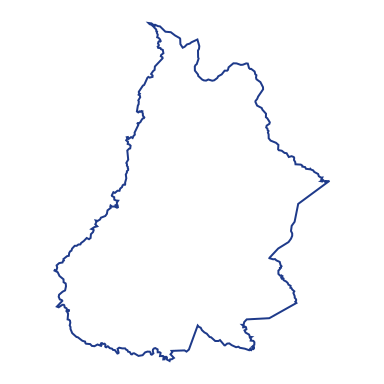 the district of San José Del Fragua, Caquetá, Colombia
{"feature_id": "7082276B10460666438069", "entity_name": "San José Del Fragua", "entity_type": "district", "adm_level": 2, "iso_a3": "COL", "parent_name": "Colombia", "parent_adm1": "Caquetá", "projection": "albers", "projection_center": [-76.127, 1.343], "detail": "fine", "context": "isolated", "style": "outline", "palette": "blue", "viewbox_px": 384, "rotation_deg": 0, "n_neighbors": 0, "source": "geoboundaries", "source_scale": "gbopen_adm2", "svg_char_len": 5937}
<svg xmlns="http://www.w3.org/2000/svg" viewBox="0 0 384 384"><path d="M329.5,180.8L328.5,181.2L325.6,181.0L325.0,181.8L323.2,180.2L322.2,181.5L320.9,181.2L321.7,180.8L321.2,180.0L322.3,177.5L321.0,177.6L318.8,176.2L318.1,174.0L314.2,171.9L313.2,170.4L311.1,169.6L310.3,168.8L310.0,169.3L306.0,168.8L305.1,167.1L302.3,166.6L302.3,165.6L300.8,164.6L295.5,164.3L295.2,162.0L294.0,160.0L294.2,157.9L293.7,157.0L291.6,156.2L288.8,157.0L286.6,153.2L284.5,152.9L281.7,150.7L278.8,150.2L278.1,149.3L278.4,144.9L276.0,142.8L270.6,140.6L268.7,138.3L268.6,134.3L267.9,132.6L268.5,131.0L267.7,130.3L267.4,128.6L266.2,127.5L266.7,125.6L269.4,123.8L269.8,122.3L267.3,118.3L265.9,117.2L266.0,113.7L262.4,109.7L261.7,108.0L257.1,105.6L255.4,101.9L255.5,101.0L257.2,98.9L258.1,96.6L263.1,89.3L263.0,87.2L260.4,82.1L256.5,79.3L256.0,77.6L256.4,75.2L255.3,74.3L254.6,71.5L251.2,68.9L250.1,69.0L249.0,68.0L247.8,63.6L246.2,63.4L242.9,64.7L240.8,64.9L236.6,63.4L233.4,63.3L228.6,67.3L228.0,69.8L227.1,70.7L224.6,70.7L221.7,74.4L218.2,76.3L217.3,78.0L214.2,80.3L212.2,80.7L208.3,79.5L206.1,80.6L203.9,80.4L202.2,79.6L198.2,75.9L198.0,74.5L194.9,70.6L194.8,66.5L195.6,65.0L196.7,64.2L198.6,58.6L198.1,57.3L198.0,50.5L199.0,48.9L199.3,46.1L197.4,39.5L191.4,42.3L189.8,43.6L187.0,44.4L184.6,46.8L182.7,47.7L180.4,44.1L180.2,38.9L179.7,38.1L175.1,35.5L170.8,32.2L165.4,31.7L160.0,26.4L157.9,26.1L155.2,24.8L153.4,24.9L151.5,23.4L148.5,23.0L149.7,24.2L151.5,24.8L153.2,26.4L154.5,26.5L154.2,27.5L156.2,29.5L156.3,31.2L157.1,31.6L156.8,32.8L157.8,34.8L157.2,37.3L158.5,37.8L160.0,39.4L160.7,41.1L160.2,41.6L159.0,41.3L158.4,41.9L158.0,43.6L158.7,44.5L158.8,45.7L157.7,46.6L158.2,47.9L160.5,48.1L161.0,49.2L162.8,49.9L163.4,53.2L161.2,54.9L160.8,56.2L162.5,57.4L162.6,58.3L154.9,66.5L154.6,69.9L153.1,71.1L151.1,74.0L152.6,75.5L152.5,76.9L149.7,77.6L148.4,76.9L147.4,77.8L144.2,84.9L142.9,85.6L138.8,91.8L138.9,93.0L139.8,93.7L138.7,94.8L139.8,95.5L140.2,97.2L138.3,100.4L138.8,101.4L138.6,104.4L137.9,105.4L136.9,111.5L138.2,112.4L139.3,111.4L140.0,111.9L141.3,111.0L142.4,111.3L142.1,112.2L142.8,113.3L142.9,115.7L144.3,117.4L143.9,118.2L142.7,118.5L141.7,119.8L140.4,122.1L139.1,123.1L137.9,123.0L137.5,123.4L138.4,124.8L134.6,132.6L134.8,134.7L133.6,135.8L132.6,138.0L131.1,137.1L128.6,138.9L127.9,137.0L126.8,137.2L127.3,138.6L126.2,140.3L128.0,141.9L127.7,144.0L129.4,144.5L130.6,145.7L130.2,148.4L129.1,148.7L127.3,150.5L128.2,159.6L126.3,163.0L127.0,164.2L126.9,165.7L127.9,167.0L127.7,167.9L128.2,168.9L128.1,170.1L126.9,171.2L126.9,172.5L125.8,174.5L126.3,178.3L125.1,182.7L125.2,184.2L124.9,184.8L123.5,184.6L122.6,185.4L122.0,187.1L120.2,188.6L119.5,190.8L117.5,190.7L114.9,192.9L113.4,192.2L111.8,195.4L112.0,196.0L114.2,197.2L114.3,199.6L116.1,200.5L118.1,200.7L116.9,202.5L116.9,204.4L115.7,205.1L116.2,205.6L117.6,205.5L117.9,207.3L117.0,207.7L114.5,206.5L112.2,206.6L110.6,205.5L110.3,206.6L110.7,207.9L107.5,210.4L106.9,213.8L105.3,216.0L100.9,217.7L100.0,219.5L97.7,220.9L95.7,220.5L96.4,222.0L95.3,224.3L97.2,226.3L94.4,227.1L91.5,229.0L93.5,229.6L93.7,230.2L93.0,232.1L90.9,234.2L90.6,238.0L89.0,239.2L86.7,238.0L83.8,241.0L81.1,243.0L80.4,244.4L78.4,244.5L76.7,245.8L74.7,245.8L72.1,248.6L71.4,250.7L70.1,251.4L69.2,253.0L68.8,255.8L67.0,256.2L63.4,259.1L63.9,260.5L63.1,260.9L62.5,262.5L59.2,263.1L56.6,265.4L57.2,267.6L56.5,270.1L55.9,270.4L54.8,270.0L54.5,270.6L57.7,272.2L59.5,276.0L63.5,279.3L63.6,282.2L65.7,283.5L66.0,286.2L65.1,290.4L62.6,291.7L59.1,294.7L58.7,296.8L59.8,299.4L61.7,300.0L62.3,300.9L56.9,306.6L58.7,307.3L62.4,304.8L63.8,304.8L64.3,305.3L64.7,307.4L66.4,308.2L66.9,309.1L66.6,310.4L68.2,309.9L69.0,310.2L68.9,311.0L67.2,312.0L68.1,313.8L67.6,319.4L69.1,319.8L70.0,320.7L70.3,322.8L69.7,325.4L70.5,327.0L70.5,329.0L72.2,333.1L76.5,337.0L77.7,337.2L82.4,340.8L85.1,341.6L85.4,343.1L86.0,343.7L90.2,344.1L91.9,345.9L94.5,346.2L97.5,344.5L101.1,345.9L101.4,345.4L100.7,344.1L101.2,343.2L102.0,343.1L103.1,344.0L104.6,343.7L105.4,344.6L105.2,346.4L105.6,347.1L106.3,347.3L107.5,346.3L108.1,346.4L109.7,348.1L112.1,348.7L113.0,349.9L114.9,350.1L117.4,353.5L118.4,353.2L118.6,352.5L117.6,348.8L119.2,347.7L122.3,348.4L125.1,348.4L126.3,349.8L127.4,350.2L128.1,351.7L129.7,352.0L131.1,354.2L131.9,354.4L133.2,353.3L134.2,353.3L138.5,355.9L142.6,355.2L145.1,352.4L147.4,351.6L149.8,351.7L150.5,352.6L150.9,354.3L151.8,354.7L153.4,353.4L152.8,350.9L153.0,349.5L154.1,348.4L155.3,348.1L157.6,349.4L157.7,352.3L159.7,352.2L160.6,352.9L160.0,356.1L163.0,356.0L163.6,356.5L163.3,359.4L164.6,359.3L165.4,356.9L166.2,356.8L166.9,357.4L166.9,359.5L169.6,361.0L170.1,359.4L171.9,359.2L173.9,357.9L170.5,354.3L172.3,352.1L171.6,350.9L184.5,350.4L186.5,351.6L188.9,349.6L197.7,325.5L198.9,326.9L200.7,327.7L201.9,330.1L204.4,332.4L206.8,333.7L209.6,337.0L211.1,337.3L215.2,341.0L218.5,341.0L220.0,340.1L224.4,345.3L225.0,345.4L227.2,343.6L229.3,343.4L231.6,345.1L236.1,347.2L238.4,346.7L239.9,347.8L244.9,348.7L249.1,350.2L250.1,348.9L250.4,350.0L251.2,350.2L252.1,348.8L253.4,349.1L254.0,348.3L254.0,347.4L252.6,347.7L252.0,346.9L254.3,344.8L254.4,342.2L253.4,340.9L250.7,340.6L251.1,339.1L250.1,337.9L251.5,337.0L249.8,336.8L249.1,334.6L245.6,332.6L244.5,330.4L246.4,329.3L246.0,327.2L244.7,326.5L244.0,327.3L243.2,327.3L243.4,326.0L242.2,324.9L243.6,324.9L244.2,322.1L246.7,319.4L269.3,318.2L296.4,303.0L295.3,301.7L296.1,300.9L296.1,299.4L294.7,297.7L294.7,296.2L293.4,293.0L294.3,291.3L292.2,289.5L291.4,288.0L290.4,287.8L290.6,285.8L288.4,284.6L287.8,283.1L286.3,281.6L283.7,280.2L283.2,279.3L283.5,278.5L283.1,278.2L281.9,278.7L281.2,277.6L282.4,276.1L281.3,275.4L280.9,275.8L280.0,275.6L278.4,273.9L278.4,270.6L279.9,269.1L279.9,267.9L281.0,267.7L280.9,266.9L281.5,266.2L280.6,265.2L279.7,261.9L276.4,260.4L275.0,259.1L273.1,259.3L269.4,258.2L269.5,257.8L278.2,248.5L288.5,242.1L291.0,238.7L292.2,235.8L292.2,233.4L291.0,231.0L291.7,225.8L294.6,221.8L298.2,203.9L329.5,180.8Z" fill="none" stroke="#1e3a8a" stroke-width="2"/></svg>